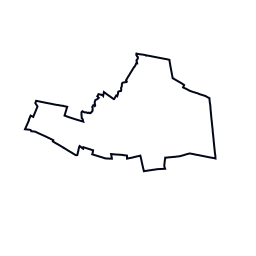 the district of Selaru, Dâmbovita, Romania, rotated 53°
{"feature_id": "2599482B55350646463650", "entity_name": "Selaru", "entity_type": "district", "adm_level": 2, "iso_a3": "ROU", "parent_name": "Romania", "parent_adm1": "Dâmbovita", "projection": "robinson", "projection_center": [25.307, 44.47], "detail": "fine", "context": "isolated", "style": "outline", "palette": "ink", "viewbox_px": 256, "rotation_deg": 53, "n_neighbors": 0, "source": "geoboundaries", "source_scale": "gbopen_adm2", "svg_char_len": 5488}
<svg xmlns="http://www.w3.org/2000/svg" viewBox="0 0 256 256"><g transform="rotate(53 128 128)"><path d="M93.5,196.1L96.5,194.9L97.6,194.4L98.9,193.8L106.0,190.9L106.0,191.0L106.6,190.7L111.0,189.0L112.9,188.2L116.2,186.9L117.9,186.2L118.0,186.2L118.4,185.9L118.6,185.7L118.7,185.4L119.1,184.8L118.9,184.5L118.6,184.2L118.3,183.8L118.1,183.4L117.7,183.1L117.3,182.7L117.1,182.5L116.6,181.7L116.3,181.4L115.1,180.1L114.4,179.2L114.2,179.0L113.6,178.2L113.3,177.5L113.7,177.4L113.8,177.3L114.1,177.3L114.3,177.2L114.6,177.2L114.9,177.0L115.0,177.0L115.1,176.9L115.8,176.8L117.4,176.4L117.6,176.3L116.5,175.2L124.8,169.3L126.6,171.2L127.5,172.4L131.4,169.6L132.4,168.9L136.2,166.1L137.6,165.1L138.1,164.8L138.2,164.7L138.7,164.3L139.2,163.8L139.5,163.4L140.9,161.7L141.3,161.3L141.6,160.9L141.7,160.6L141.8,160.5L142.4,159.8L142.8,159.4L142.3,159.0L142.0,158.8L141.5,158.6L140.9,158.4L140.5,158.1L140.0,157.8L139.0,157.4L138.6,157.2L139.5,156.2L140.2,155.5L140.6,155.0L141.1,154.5L142.5,152.9L143.4,151.8L143.9,151.2L146.0,148.8L147.0,147.9L147.4,147.5L147.9,147.0L148.1,146.7L148.8,146.0L149.1,145.6L149.4,145.4L150.0,145.8L150.7,146.3L151.0,146.6L151.9,147.2L152.2,146.6L152.5,145.9L153.7,143.4L154.3,142.3L154.5,141.6L154.6,141.3L154.9,140.8L155.0,140.5L155.2,140.0L155.6,139.1L155.7,138.8L156.1,137.9L156.3,137.5L157.0,136.0L157.5,134.8L159.6,135.7L160.3,136.0L164.6,138.0L167.7,139.4L172.1,141.3L172.7,140.1L174.8,136.2L176.0,134.1L176.1,133.7L176.9,132.5L177.6,131.0L177.9,130.7L178.2,130.0L178.6,129.2L180.6,126.3L182.9,122.9L181.1,122.3L180.8,122.2L180.3,121.9L179.9,121.7L176.8,118.8L175.6,117.6L175.1,117.0L174.1,116.1L174.5,115.6L174.7,115.2L175.0,114.8L175.6,113.7L176.0,113.0L176.5,112.3L176.8,111.8L177.2,111.2L177.3,111.0L177.5,110.7L178.5,109.0L179.6,107.4L179.7,107.0L180.3,106.0L180.7,105.4L181.3,104.4L181.7,103.5L182.0,102.9L182.1,102.7L182.3,102.1L182.6,101.4L182.8,100.9L182.9,100.7L183.2,99.8L183.3,99.5L183.5,99.1L183.6,98.7L183.9,97.9L184.3,96.7L185.2,94.7L185.4,94.2L185.5,94.0L185.6,93.9L186.4,93.2L187.3,92.3L187.6,92.1L188.0,91.6L188.5,91.3L189.8,90.1L190.5,89.6L190.6,89.4L192.4,87.7L193.2,87.1L193.8,86.5L195.8,84.7L196.6,84.0L197.5,83.2L198.3,82.5L199.5,81.4L200.8,80.3L201.3,79.8L201.9,79.2L204.3,77.0L204.5,76.9L205.0,76.5L202.5,74.8L199.7,73.3L196.8,71.5L195.1,70.5L190.5,67.7L184.8,64.2L182.2,62.7L179.6,61.0L177.0,59.5L172.1,56.5L171.5,56.2L163.7,51.4L159.0,48.4L157.0,47.4L153.1,45.0L152.3,45.5L150.9,46.1L150.6,46.3L150.1,46.4L148.8,47.0L148.7,47.2L147.2,48.2L144.3,50.3L143.2,51.0L142.8,51.1L140.0,53.1L138.6,54.2L136.9,55.3L136.1,55.9L135.2,56.4L134.1,56.9L132.6,57.6L131.5,58.1L129.0,59.5L128.7,59.6L127.5,57.3L124.8,58.2L116.1,61.9L115.9,61.8L115.2,62.4L110.8,60.2L105.3,57.5L99.5,54.5L98.5,53.9L96.2,55.8L94.3,57.6L82.0,68.7L81.3,69.4L81.1,70.0L80.8,70.0L80.5,70.0L80.2,70.2L77.8,72.5L76.9,73.5L75.0,75.4L74.2,76.1L73.8,76.2L73.6,76.5L73.8,76.8L74.6,77.2L75.0,77.5L75.4,77.4L75.9,77.5L76.3,77.7L76.8,77.5L77.1,77.4L77.4,77.5L78.2,78.1L78.4,78.4L78.6,78.7L78.7,79.3L78.9,79.6L78.8,79.8L78.9,80.1L79.1,80.5L79.7,80.9L81.1,81.4L81.3,81.5L81.7,81.7L81.9,81.8L81.4,82.4L81.3,82.6L81.5,82.9L82.1,83.8L82.3,84.3L82.5,84.7L82.8,85.4L83.1,86.3L83.0,86.5L83.3,87.3L83.5,87.9L84.1,89.3L84.9,91.4L85.2,92.1L85.3,92.4L85.3,92.6L85.7,93.3L86.3,94.9L86.8,95.9L86.8,96.3L88.1,99.3L88.5,100.4L88.7,100.9L89.7,100.9L90.2,101.0L90.4,101.2L90.4,101.4L90.3,101.7L88.8,104.5L88.6,105.0L88.8,105.8L89.2,106.4L91.0,107.9L91.5,108.8L91.8,109.4L92.2,109.7L92.9,110.0L93.4,110.4L94.2,111.3L93.6,112.4L93.4,112.7L93.4,113.0L93.2,113.4L93.2,113.7L93.3,114.3L93.7,114.6L94.6,115.3L95.4,116.5L95.9,117.1L96.0,117.3L95.5,117.3L95.2,117.5L94.9,117.7L95.5,119.2L95.6,119.4L95.8,119.9L96.2,120.8L96.5,121.6L96.5,121.8L96.3,122.0L94.8,122.5L92.5,123.2L91.4,123.5L91.1,123.7L90.2,124.0L84.8,125.6L87.4,128.5L86.9,128.5L86.0,129.1L85.7,129.1L85.1,129.5L84.9,129.8L83.4,131.0L83.2,131.2L83.4,131.5L83.6,132.0L84.2,133.4L84.7,133.2L85.3,133.2L85.6,133.3L85.8,133.5L86.0,133.4L86.3,133.3L86.3,134.0L86.5,134.6L86.5,135.1L86.4,135.5L86.3,135.8L86.1,137.2L86.6,138.1L87.0,138.7L87.6,139.2L88.1,139.6L88.6,139.8L88.7,140.0L89.0,140.1L89.6,140.3L90.2,140.6L90.4,140.9L90.5,141.3L90.2,141.3L89.7,141.6L89.1,141.8L88.9,142.0L89.1,142.5L89.3,143.0L89.5,143.6L89.8,144.0L90.3,144.0L91.0,144.4L91.6,144.8L91.9,145.2L92.2,145.5L92.7,145.7L93.0,146.2L93.3,146.9L93.2,147.3L93.3,147.5L93.5,148.5L93.6,148.8L93.5,149.1L93.4,149.2L93.2,149.3L92.8,149.6L92.9,149.8L92.8,150.0L92.3,150.2L92.0,150.3L91.8,150.7L91.8,151.1L91.7,151.2L91.6,151.3L90.9,151.6L90.6,151.8L89.6,152.9L89.6,153.1L89.2,153.3L88.5,153.8L87.9,154.1L87.6,154.2L87.4,154.2L87.4,154.6L87.2,154.9L87.3,155.2L87.4,155.5L87.7,155.9L88.6,156.6L89.8,157.4L90.0,157.6L91.0,158.1L92.2,159.0L92.6,158.9L93.4,158.9L94.2,159.1L95.2,159.6L96.0,159.9L88.2,165.6L83.9,168.6L79.9,171.2L76.3,166.3L74.5,163.8L73.2,164.9L72.3,165.7L71.9,166.1L71.0,166.6L70.5,167.4L67.6,170.0L66.2,171.5L64.9,172.6L64.2,173.3L63.3,174.0L58.7,178.2L51.0,185.0L52.3,187.0L56.3,187.3L57.0,188.4L60.0,193.5L60.8,194.9L62.1,197.0L59.5,198.3L60.8,200.5L61.1,201.0L61.2,201.3L61.4,201.6L61.8,202.2L62.0,202.2L62.8,203.4L64.8,207.0L65.5,208.3L66.4,209.9L67.0,211.0L68.9,209.0L69.2,208.7L69.7,208.1L70.8,207.1L71.0,207.0L71.6,207.0L72.4,207.2L72.5,207.0L73.1,206.4L73.9,205.5L74.7,204.7L75.0,204.4L75.9,203.9L77.8,202.9L78.6,202.5L78.8,202.4L79.0,202.3L79.1,202.2L84.4,199.3L89.6,196.6L90.4,196.2L92.8,195.0L93.5,196.1Z" fill="none" stroke="#020617" stroke-width="2"/></g></svg>